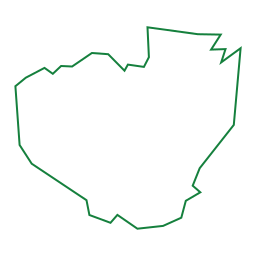 outline of Menifee, Kentucky, United States of America
{"feature_id": "52423323B19436754719292", "entity_name": "Menifee", "entity_type": "district", "adm_level": 2, "iso_a3": "USA", "parent_name": "United States of America", "parent_adm1": "Kentucky", "projection": "mercator", "projection_center": [-83.6, 37.939], "detail": "fine", "context": "isolated", "style": "outline", "palette": "green", "viewbox_px": 256, "rotation_deg": 0, "n_neighbors": 0, "source": "geoboundaries", "source_scale": "gbopen_adm2", "svg_char_len": 503}
<svg xmlns="http://www.w3.org/2000/svg" viewBox="0 0 256 256"><path d="M25.8,77.7L15.4,86.2L19.6,145.0L31.7,163.7L86.5,200.2L89.4,215.0L110.5,222.8L117.4,214.9L137.4,228.7L163.1,225.9L181.3,217.7L185.8,200.8L200.3,192.3L192.7,185.7L199.7,168.2L233.8,124.9L240.6,48.2L221.2,62.4L225.5,49.1L211.1,49.6L220.7,34.6L197.8,34.2L147.5,27.3L148.9,57.2L143.9,66.9L127.9,64.6L124.5,70.7L108.2,54.2L91.9,53.0L72.1,66.5L61.1,66.0L52.8,73.8L44.5,67.9L25.8,77.7Z" fill="none" stroke="#15803d" stroke-width="2"/></svg>